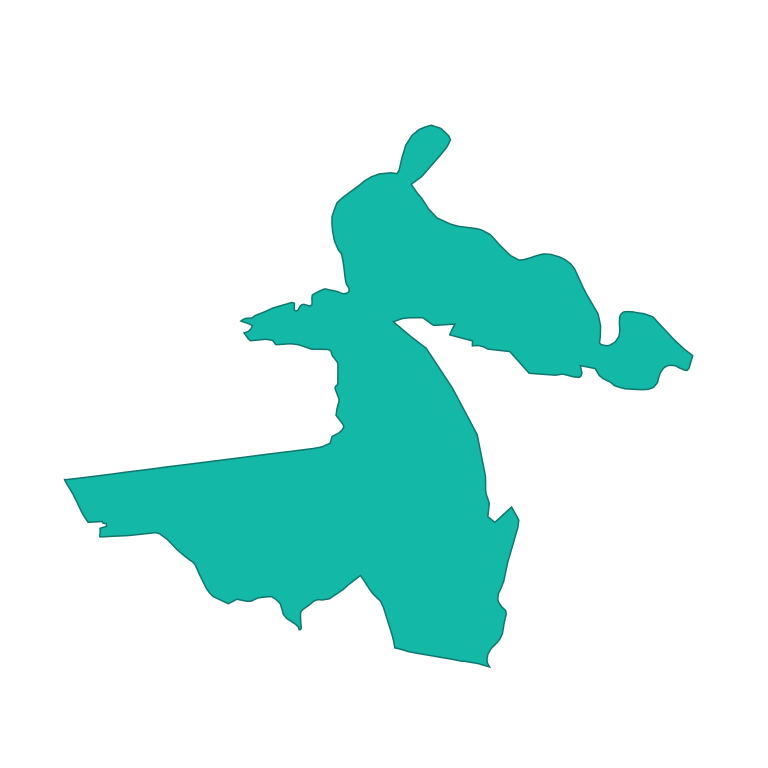 the district of Cam Le, Đà Nẵng, Vietnam, rotated 279°
{"feature_id": "81297802B37110717960369", "entity_name": "Cam Le", "entity_type": "district", "adm_level": 2, "iso_a3": "VNM", "parent_name": "Vietnam", "parent_adm1": "Đà Nẵng", "projection": "robinson", "projection_center": [108.198, 16.017], "detail": "fine", "context": "isolated", "style": "filled", "palette": "teal", "viewbox_px": 768, "rotation_deg": 279, "n_neighbors": 0, "source": "geoboundaries", "source_scale": "gbopen_adm2", "svg_char_len": 5719}
<svg xmlns="http://www.w3.org/2000/svg" viewBox="0 0 768 768"><g transform="rotate(279 384 384)"><path d="M296.2,279.0L291.3,262.5L285.5,242.6L280.2,224.3L276.8,212.6L275.5,208.2L268.5,183.6L262.4,163.3L256.2,141.6L252.7,130.1L247.9,113.6L242.6,95.1L239.8,85.0L239.7,83.5L238.4,84.2L235.4,86.6L232.0,89.5L226.6,94.0L218.2,99.9L210.8,105.0L208.0,107.1L204.5,110.2L201.1,113.4L204.1,127.2L202.7,128.2L202.5,128.6L202.7,131.4L202.0,131.8L200.7,132.0L200.2,132.4L199.7,131.7L199.1,130.5L198.3,128.5L197.0,126.1L194.0,126.7L192.4,127.0L189.8,127.0L188.8,127.2L188.5,127.6L190.4,136.4L191.8,142.9L192.4,146.1L194.6,156.4L201.5,181.9L201.0,185.7L197.7,192.2L197.3,193.2L196.3,194.6L193.5,198.4L188.1,205.4L183.3,213.2L180.0,219.3L178.3,222.8L176.1,225.6L172.7,227.9L168.3,230.7L163.3,234.1L157.9,238.0L153.5,241.2L150.0,244.9L147.3,248.6L142.6,264.6L148.4,272.4L148.0,281.5L148.0,283.4L148.6,285.9L148.8,286.8L149.8,288.4L151.5,290.8L152.2,291.9L153.0,293.2L153.3,294.1L154.1,296.5L154.9,299.7L155.7,302.5L156.2,305.0L156.4,306.6L156.2,306.7L155.9,307.1L155.7,307.6L154.8,309.9L154.0,311.4L153.0,312.8L151.7,314.8L151.0,315.5L150.0,316.3L147.6,317.4L147.1,317.7L145.9,318.2L145.1,318.7L144.0,319.2L142.3,319.8L141.5,320.2L140.7,320.8L139.7,321.8L137.9,323.8L136.9,325.2L136.3,326.5L135.6,328.4L132.7,334.4L130.7,337.3L128.0,338.7L128.0,339.1L128.8,340.1L129.3,340.3L130.3,340.4L132.7,339.8L136.2,338.9L142.0,337.8L144.9,337.4L145.6,337.5L146.9,338.0L148.6,339.2L154.4,345.1L156.3,346.7L158.0,348.1L159.0,349.4L160.0,351.0L160.6,352.3L161.1,357.0L163.3,363.7L174.6,375.8L180.2,380.3L191.2,390.7L189.0,392.9L185.9,395.7L182.1,399.0L181.1,400.0L179.7,401.2L178.6,402.1L177.6,403.3L175.7,405.2L174.8,406.4L173.5,408.0L172.3,409.8L171.1,411.4L169.9,413.2L168.9,414.4L167.8,415.4L163.5,418.3L137.9,431.0L130.7,434.1L125.1,435.9L124.7,441.4L123.5,449.9L123.2,458.8L122.8,487.9L122.8,491.1L122.7,495.8L122.4,502.6L122.4,503.7L122.7,507.2L122.6,520.6L121.0,532.5L125.0,529.5L128.8,528.7L133.2,528.9L138.1,530.6L140.8,532.1L146.1,536.1L150.8,538.6L155.9,540.0L167.1,540.1L175.9,540.7L179.4,539.6L182.1,535.4L185.6,532.0L187.9,530.5L189.9,529.9L195.0,529.8L200.3,531.4L207.7,533.1L227.5,534.1L242.1,536.0L250.9,537.1L263.1,538.6L269.3,538.5L270.6,538.5L282.5,529.3L264.7,515.1L269.3,507.3L282.6,506.7L289.7,503.0L290.2,502.6L293.8,501.2L308.5,498.7L309.7,498.3L348.5,484.0L390.6,452.3L403.9,440.2L426.0,420.0L434.8,403.6L446.9,383.5L451.4,391.7L453.3,398.2L455.3,410.3L455.5,411.9L454.3,414.5L450.4,422.0L449.8,423.8L450.1,426.1L454.3,444.8L448.3,442.6L442.8,441.2L440.4,464.7L435.5,465.3L436.4,469.2L436.8,472.1L436.2,476.7L434.7,481.0L435.7,503.2L417.3,525.7L419.5,551.9L421.8,559.0L420.7,569.7L421.0,575.7L422.5,577.3L425.8,577.7L432.9,575.1L432.3,590.1L426.1,595.3L423.7,599.3L421.1,607.5L418.5,611.7L417.5,617.1L417.0,623.0L417.8,631.5L418.8,640.1L420.0,645.6L421.6,648.8L423.0,650.9L428.2,653.9L431.7,654.1L436.9,654.9L439.4,655.6L441.2,656.5L442.7,657.3L444.1,658.2L445.3,659.7L446.1,660.7L446.7,661.9L447.0,663.0L447.4,665.4L447.6,667.6L447.5,669.4L446.1,673.1L444.7,678.6L444.7,681.0L447.0,682.7L460.3,684.5L465.4,675.1L473.6,663.0L486.6,646.4L492.4,639.0L494.1,630.1L494.0,622.7L494.2,618.5L493.5,612.6L492.8,609.7L491.2,608.0L490.1,607.2L489.2,606.8L487.7,606.5L486.3,606.3L481.2,606.9L473.0,608.7L467.9,608.6L465.2,607.4L461.6,605.7L459.3,603.0L457.5,600.8L456.8,598.6L456.6,595.9L456.8,593.6L457.0,592.1L458.3,590.4L464.9,590.2L475.5,588.8L486.8,584.4L502.5,571.5L509.8,566.0L527.6,554.2L532.0,549.4L535.4,542.7L536.9,537.5L538.1,528.6L537.8,524.9L537.5,521.7L536.6,519.0L533.4,512.1L532.0,509.7L528.5,502.2L527.5,497.8L530.7,488.7L539.5,476.3L545.8,468.7L548.4,465.1L550.0,460.4L551.6,455.3L551.9,451.5L551.4,432.7L552.3,424.8L556.2,410.6L563.9,400.6L572.4,393.1L578.0,386.8L585.2,380.0L585.6,379.7L591.4,385.5L595.0,389.0L606.2,395.9L619.2,404.1L627.6,408.9L631.5,410.3L635.5,411.4L636.0,411.1L639.1,409.3L645.3,400.3L646.1,395.7L646.3,394.1L647.0,390.2L643.9,383.8L640.8,378.8L634.0,372.8L623.2,368.1L609.9,366.3L597.8,365.5L593.8,363.9L593.7,357.9L590.8,346.6L586.6,339.0L581.4,332.8L576.8,328.9L572.3,324.4L561.9,314.2L557.2,310.4L556.0,309.4L549.1,307.8L541.0,306.5L534.2,307.5L525.9,309.6L517.3,312.8L509.3,317.9L505.9,321.7L499.7,324.0L492.9,326.2L486.1,328.0L481.0,329.6L478.2,330.6L476.1,331.7L474.8,333.2L472.9,334.5L470.8,335.0L469.1,334.3L467.6,332.7L467.4,331.8L466.8,329.8L467.2,326.3L468.0,323.9L468.3,318.5L468.6,313.5L468.7,310.9L467.9,309.1L465.4,305.3L461.7,300.4L460.6,299.3L457.3,299.3L455.8,299.7L454.3,300.0L451.8,300.4L450.7,300.2L450.1,299.5L449.5,298.7L449.3,297.1L449.9,295.1L450.1,293.1L450.0,291.8L449.5,290.5L448.2,289.2L446.7,288.4L445.3,288.1L443.9,287.7L442.8,286.5L442.4,285.3L442.7,284.4L443.4,283.8L449.7,282.9L450.0,281.6L450.0,280.0L442.2,263.4L441.5,262.2L440.7,260.9L439.1,258.5L436.5,254.6L432.2,247.3L431.2,245.8L428.4,242.9L427.2,237.1L425.2,234.1L423.8,232.8L422.5,240.0L422.0,242.3L421.1,244.7L420.3,244.8L417.7,243.9L415.0,242.0L413.8,240.2L412.5,237.8L407.5,242.8L405.8,245.3L409.7,260.3L409.7,266.5L409.2,267.8L407.3,269.5L406.2,270.6L406.1,272.0L408.7,283.5L409.2,286.1L409.4,293.6L407.0,307.3L407.3,309.1L407.7,310.9L409.2,322.6L409.2,323.9L409.0,325.0L408.8,325.4L408.1,326.4L406.3,327.3L404.2,328.4L403.2,329.2L400.9,331.7L398.5,334.2L397.4,335.0L396.2,335.4L392.0,336.1L382.5,337.5L379.4,338.0L377.7,338.3L375.8,338.0L374.7,337.0L374.3,336.6L373.2,336.3L371.8,336.4L371.4,336.6L362.7,341.6L361.1,342.1L359.7,342.2L351.8,341.4L345.6,341.5L337.7,349.8L335.5,351.0L333.9,350.6L331.4,349.3L328.4,346.9L326.7,344.6L324.0,340.9L317.1,340.1L314.9,336.6L312.9,333.7L311.5,330.7L309.4,324.8L301.7,298.3L296.2,279.0Z" fill="#14b8a6" stroke="#0f766e" stroke-width="1.5"/></g></svg>